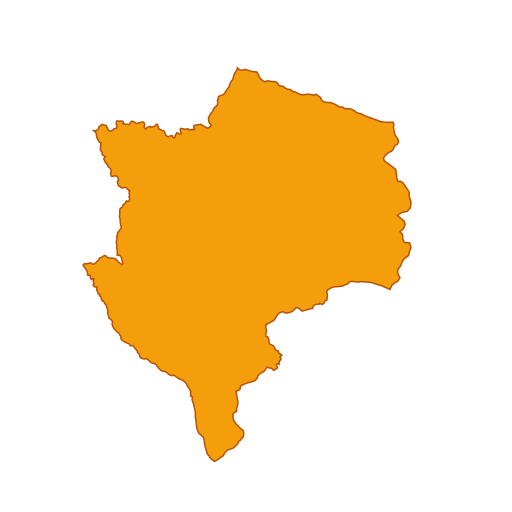 the district of Bolahla, Leribe, Lesotho, rotated 344°
{"feature_id": "5366337B26434863829569", "entity_name": "Bolahla", "entity_type": "district", "adm_level": 2, "iso_a3": "LSO", "parent_name": "Lesotho", "parent_adm1": "Leribe", "projection": "orthographic", "projection_center": [28.277, -29.044], "detail": "fine", "context": "isolated", "style": "filled", "palette": "amber", "viewbox_px": 512, "rotation_deg": 344, "n_neighbors": 0, "source": "geoboundaries", "source_scale": "gbopen_adm2", "svg_char_len": 6047}
<svg xmlns="http://www.w3.org/2000/svg" viewBox="0 0 512 512"><g transform="rotate(344 256 256)"><path d="M194.3,400.1L195.5,397.1L197.8,393.3L198.5,390.7L199.4,380.6L203.7,380.0L205.0,377.3L206.5,376.2L212.1,375.7L220.1,375.7L223.7,373.7L224.5,371.9L227.9,369.9L230.8,369.5L232.8,368.6L235.9,365.9L240.2,368.6L241.5,370.9L246.0,369.5L245.7,367.1L245.8,365.6L247.1,365.5L248.3,366.5L249.4,363.3L250.7,363.0L251.8,361.4L251.1,359.7L253.6,358.5L253.0,357.4L251.9,356.6L251.3,355.2L251.2,353.2L250.0,352.8L248.8,351.4L248.6,349.3L248.0,347.2L244.7,344.1L244.7,342.8L245.4,339.5L245.3,338.3L245.0,337.0L243.9,336.5L243.3,335.7L244.2,333.1L245.4,331.2L245.7,328.1L246.5,324.8L254.5,323.1L256.3,322.2L260.8,318.1L263.1,317.0L266.6,316.9L268.1,318.6L269.9,319.3L272.9,319.6L276.4,319.0L280.3,316.7L282.8,318.1L285.1,321.7L294.0,321.7L295.7,322.1L297.3,320.0L298.8,319.1L301.1,319.1L303.4,319.7L304.1,319.0L306.2,320.9L308.6,320.0L309.2,319.0L310.5,317.9L312.0,317.9L313.8,313.6L314.1,310.0L315.6,308.3L320.1,307.2L322.4,307.2L330.7,308.8L332.8,308.3L336.7,308.1L338.8,306.4L341.4,306.9L347.3,309.3L349.8,309.5L359.3,313.1L368.5,319.2L375.6,325.1L378.6,321.4L386.0,318.9L388.4,316.4L387.7,313.2L387.7,310.6L388.7,308.0L391.9,305.7L395.8,300.9L398.3,299.2L402.8,297.6L405.2,293.3L407.2,290.9L407.3,285.7L403.7,284.5L402.2,283.3L401.8,279.7L402.8,275.7L401.0,272.3L405.2,270.4L406.6,268.8L408.1,266.4L408.0,263.3L403.0,255.9L408.1,254.3L413.8,254.8L417.5,252.3L419.6,248.0L419.9,245.0L419.6,241.0L420.7,237.9L420.7,236.4L420.1,234.0L417.5,226.4L415.7,224.1L413.1,223.4L412.8,220.7L414.2,211.4L408.3,203.2L405.8,200.5L405.3,197.7L407.1,195.6L408.9,194.4L412.7,192.9L415.1,192.7L416.8,191.7L420.0,188.2L422.8,187.4L424.5,185.5L424.6,182.7L423.0,178.2L423.0,175.5L423.6,170.1L424.7,167.7L424.8,165.3L418.0,163.4L413.3,161.4L399.4,151.3L396.2,148.3L392.5,146.1L390.7,143.5L387.4,140.6L382.0,138.8L380.2,136.6L377.4,135.9L374.4,132.5L371.4,130.1L370.1,129.2L364.9,127.3L362.7,125.5L361.8,123.5L361.9,121.7L358.3,117.1L355.3,117.1L351.5,115.0L344.7,113.8L342.3,112.2L338.5,108.8L336.8,108.4L335.3,105.7L331.9,104.1L330.2,102.4L329.2,100.6L326.4,99.3L324.9,98.1L324.3,95.6L323.4,94.3L321.9,93.4L319.9,93.0L315.7,90.8L312.3,90.9L310.3,88.7L308.8,85.8L307.6,79.4L302.3,77.2L297.3,73.7L293.7,73.5L291.9,73.0L290.0,70.0L288.6,72.2L285.2,75.1L282.5,79.6L280.5,81.1L277.4,84.4L277.4,85.7L275.7,86.5L269.6,91.7L263.9,92.3L262.9,94.6L261.8,95.7L261.6,97.9L260.2,100.3L256.5,102.3L255.1,103.7L254.4,104.8L250.4,107.7L248.1,110.8L247.7,114.3L248.1,116.0L249.0,117.6L248.1,118.9L245.9,119.7L243.9,119.5L243.0,118.1L242.2,117.6L239.7,114.6L238.7,114.1L232.4,113.4L231.8,114.5L231.8,117.4L231.2,117.6L229.7,116.6L228.5,116.8L226.5,116.3L225.5,114.8L223.2,114.8L219.7,112.9L218.5,112.7L217.8,114.5L217.9,117.8L216.1,117.9L215.5,116.8L213.6,115.7L212.7,117.0L211.2,118.2L210.8,119.7L209.7,119.9L208.8,118.9L208.8,117.5L208.4,117.1L207.0,116.9L204.6,117.2L202.7,115.5L202.2,110.8L197.5,107.0L197.6,102.5L196.9,101.9L196.4,101.9L194.7,103.2L193.2,103.4L190.8,103.3L190.3,102.3L189.7,102.2L186.5,102.5L184.9,103.4L184.5,103.0L183.9,101.6L184.0,101.0L185.3,98.5L185.3,97.4L184.2,95.8L177.5,95.7L174.6,92.4L173.1,92.3L170.5,94.6L169.5,94.5L168.3,93.7L164.7,92.5L164.7,91.8L165.3,91.1L165.4,90.4L164.1,89.1L162.0,88.9L159.7,87.8L159.1,88.0L158.2,89.9L158.0,90.9L158.2,91.7L158.0,93.4L157.2,94.7L154.7,94.6L152.6,95.7L150.5,95.8L149.0,94.9L147.9,89.3L147.0,88.5L145.8,88.3L144.8,87.2L144.1,87.1L140.6,88.5L139.6,90.3L138.6,91.1L136.4,91.3L134.5,90.8L135.6,92.3L136.2,93.7L135.6,98.5L136.8,103.4L138.2,104.3L135.6,111.0L135.9,112.6L136.7,113.9L136.1,116.1L138.4,119.1L136.4,120.6L137.1,124.7L137.9,126.7L138.5,127.5L138.3,128.1L138.7,129.7L140.0,131.7L140.5,133.7L140.4,134.4L138.9,136.4L138.8,139.1L139.3,139.7L143.4,140.3L143.9,140.6L144.6,141.6L145.0,144.9L143.5,146.1L143.2,146.8L143.0,148.3L143.3,150.9L144.1,151.4L144.8,152.7L146.7,154.0L148.6,153.8L149.8,154.3L151.1,156.5L152.6,158.5L151.8,158.7L151.1,162.9L150.1,164.5L150.5,165.7L149.1,168.3L147.7,168.3L146.7,167.2L144.7,169.3L142.3,170.1L140.6,172.5L138.7,172.7L137.6,174.5L136.3,179.2L135.6,180.1L135.6,182.1L134.5,188.1L134.5,190.7L133.9,192.2L129.2,195.6L128.6,197.9L127.5,198.7L126.9,201.8L125.5,204.0L125.2,207.7L124.2,209.8L124.2,212.4L122.8,217.0L124.2,217.7L125.2,217.5L126.1,219.3L125.9,226.2L124.8,227.4L122.1,223.9L121.4,222.0L120.0,219.7L116.0,217.9L114.3,217.7L112.6,216.2L112.0,214.8L110.3,213.7L106.9,214.8L105.2,214.8L102.5,217.2L101.2,217.5L100.2,218.4L98.1,219.1L96.8,218.9L94.8,216.8L91.1,217.0L89.0,216.0L87.2,217.1L89.5,224.1L88.9,228.0L91.5,229.0L90.6,231.7L91.4,233.2L91.9,233.4L92.4,232.7L93.0,232.7L93.8,233.4L92.8,235.1L92.4,238.0L91.4,238.9L92.2,241.2L94.6,242.0L93.3,244.8L93.8,245.9L93.8,248.5L93.9,249.0L95.4,249.9L94.6,251.1L95.9,252.4L95.5,253.8L95.8,257.0L96.8,257.1L97.1,257.6L97.6,260.4L98.5,261.4L98.3,264.1L98.6,265.7L98.0,269.2L97.4,270.4L97.7,272.3L97.6,275.3L98.9,276.8L99.8,278.7L99.8,280.0L98.9,281.6L99.0,284.8L99.9,287.8L100.9,289.0L101.5,290.9L103.1,292.7L103.5,295.0L104.1,295.8L103.5,297.4L103.5,298.7L104.0,300.0L104.9,301.3L110.0,305.8L110.3,306.4L110.3,307.7L113.0,308.3L115.6,314.6L115.5,316.0L116.0,317.2L116.7,318.1L116.7,321.8L119.4,323.9L120.5,324.3L121.8,324.3L123.0,325.1L124.8,327.7L125.3,329.3L128.8,331.6L129.9,332.7L131.4,336.9L133.4,340.2L136.7,342.0L138.5,343.9L139.4,345.7L141.4,347.4L142.9,348.1L144.1,347.8L148.2,352.9L151.5,355.3L153.9,359.4L154.3,362.8L155.2,365.0L156.0,368.6L155.2,369.8L155.2,371.0L154.5,372.7L156.2,374.1L154.9,376.5L155.2,381.8L154.6,389.5L153.2,394.7L153.2,396.2L151.6,404.8L152.2,410.6L154.9,414.8L155.6,416.7L154.6,423.4L154.6,433.0L156.0,435.4L156.0,437.1L157.7,439.9L159.6,442.0L165.1,440.6L166.6,439.6L167.9,439.6L170.0,438.6L171.0,437.2L175.0,434.6L179.5,434.5L182.0,434.1L186.8,431.4L188.3,429.4L190.1,428.9L191.3,427.7L193.1,427.0L194.2,425.8L195.1,423.7L195.6,421.8L195.2,419.4L193.6,417.7L190.1,410.9L189.2,407.5L189.5,404.4L190.2,402.1L191.4,400.7L194.3,400.1Z" fill="#f59e0b" stroke="#b45309" stroke-width="1.5"/></g></svg>